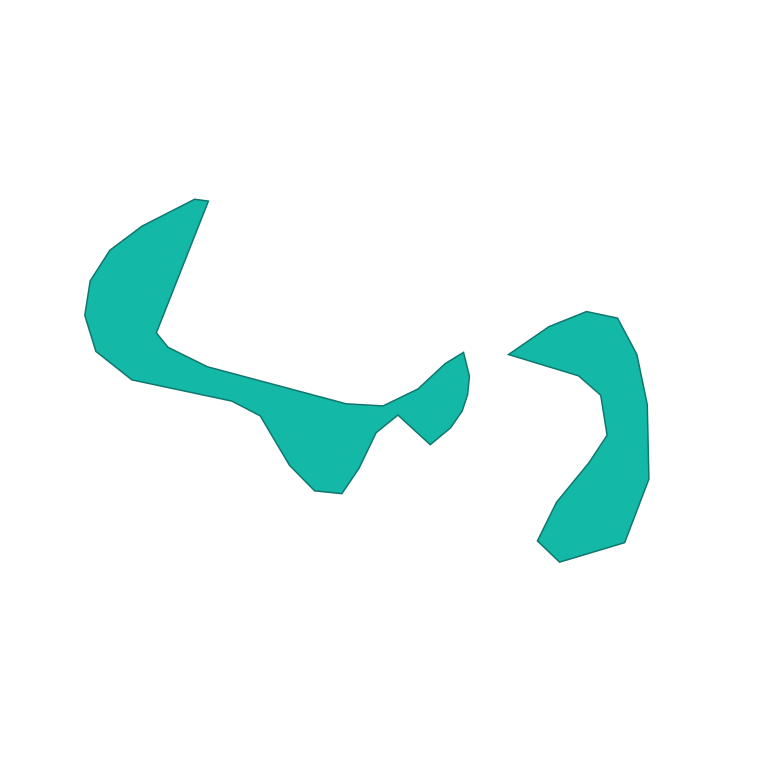 SVG path tracing the border of Koror, rotated 61°
{"feature_id": "PLW-5249", "entity_name": "Koror", "entity_type": "state/province", "adm_level": 1, "iso_a3": "PLW", "parent_name": "Palau", "parent_adm1": "", "projection": "natural_earth1", "projection_center": [134.442, 7.291], "detail": "fine", "context": "isolated", "style": "filled", "palette": "teal", "viewbox_px": 768, "rotation_deg": 61, "n_neighbors": 0, "source": "natural_earth", "source_scale": "10m", "svg_char_len": 723}
<svg xmlns="http://www.w3.org/2000/svg" viewBox="0 0 768 768"><g transform="rotate(61 384 384)"><path d="M459.5,373.0L417.9,386.9L422.8,414.5L445.6,446.7L459.5,474.0L443.8,496.5L409.2,506.1L351.9,507.7L325.2,525.4L258.2,602.5L215.8,620.2L178.9,612.4L151.4,591.0L134.1,558.9L128.6,519.0L130.6,460.1L138.9,448.9L228.9,558.3L247.2,555.1L283.2,530.2L382.9,426.8L402.7,395.5L404.8,356.7L395.8,320.4L394.9,299.1L418.6,305.5L433.8,316.0L445.6,328.8L454.6,347.0L459.5,373.0ZM480.7,148.5L529.6,163.7L595.6,198.4L639.4,250.4L624.9,316.8L595.6,325.9L571.1,290.5L552.2,242.9L537.0,213.7L498.9,199.9L471.2,209.9L418.6,260.8L413.8,211.9L418.8,171.8L439.6,147.8L480.7,148.5Z" fill="#14b8a6" stroke="#0f766e" stroke-width="1.5"/></g></svg>